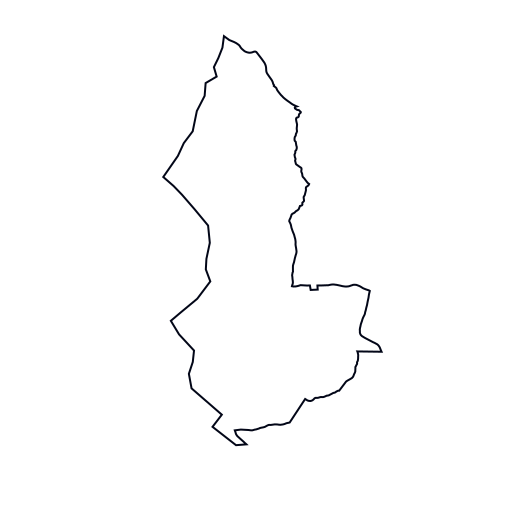 Kwadaso Municipal, Ashanti, Ghana (Albers equal-area conic projection), rotated 217°
{"feature_id": "2480657B94630675221037", "entity_name": "Kwadaso Municipal", "entity_type": "district", "adm_level": 2, "iso_a3": "GHA", "parent_name": "Ghana", "parent_adm1": "Ashanti", "projection": "albers", "projection_center": [-1.664, 6.667], "detail": "fine", "context": "isolated", "style": "outline", "palette": "ink", "viewbox_px": 512, "rotation_deg": 217, "n_neighbors": 0, "source": "geoboundaries", "source_scale": "gbopen_adm2", "svg_char_len": 5991}
<svg xmlns="http://www.w3.org/2000/svg" viewBox="0 0 512 512"><g transform="rotate(217 256 256)"><path d="M413.9,412.3L408.2,402.2L405.2,391.4L403.3,381.5L395.4,375.6L400.3,363.8L393.4,353.0L390.5,336.2L381.6,317.5L381.6,302.7L378.6,288.9L377.6,263.3L363.9,262.3L352.0,260.4L333.3,256.4L312.6,251.5L300.8,238.7L293.9,223.9L288.0,215.1L277.2,208.2L277.2,186.5L282.1,165.8L285.0,153.0L270.3,147.1L248.6,143.2L242.7,133.3L238.7,121.5L227.8,111.5L187.8,108.7L187.9,93.4L158.1,92.9L150.3,99.8L151.1,99.9L151.9,99.9L154.1,100.2L156.5,100.4L159.0,100.6L161.0,100.8L162.4,100.9L163.7,101.3L164.2,101.5L164.7,101.7L165.7,102.4L166.6,103.1L167.4,103.6L168.0,104.0L163.7,108.2L157.3,112.5L155.0,113.8L154.1,114.5L153.3,115.5L152.5,116.6L151.6,117.5L151.1,118.2L150.7,118.8L149.8,120.0L149.5,120.7L149.0,121.4L148.4,122.1L147.2,123.4L146.4,124.4L145.8,125.4L145.5,126.2L145.0,127.3L144.8,127.7L144.2,128.7L143.5,129.3L142.5,130.0L141.6,130.9L140.6,131.9L139.6,132.9L138.6,133.6L137.4,134.4L136.1,135.1L134.9,135.9L133.1,137.7L132.1,139.0L131.1,140.7L130.3,141.7L129.9,142.1L129.7,142.3L128.9,143.3L130.7,171.4L129.4,171.5L127.9,171.6L127.2,171.9L126.4,172.2L125.1,173.1L124.4,174.1L124.1,174.7L123.9,175.3L123.7,176.2L123.6,177.5L123.2,178.4L122.6,178.9L122.0,179.3L121.2,180.0L120.5,180.9L119.8,181.9L119.1,182.6L118.4,183.0L117.4,183.8L116.8,184.6L116.1,185.8L115.8,186.4L115.5,187.0L114.7,187.7L113.9,188.7L113.3,190.1L112.6,191.5L112.1,192.7L111.6,193.5L110.9,194.2L110.5,195.1L110.3,196.0L109.9,196.8L109.3,197.9L108.8,198.3L108.5,198.5L108.5,209.9L108.3,210.6L107.8,211.9L107.3,213.0L106.4,215.1L105.9,216.5L105.9,217.1L105.8,217.7L106.0,218.9L106.5,220.5L106.8,222.2L107.2,223.5L107.7,224.2L108.2,224.9L109.0,226.1L109.8,227.1L109.9,228.0L110.2,229.4L110.3,230.5L110.7,231.2L111.0,231.4L111.2,231.7L111.5,232.4L111.6,233.4L111.8,233.9L112.1,234.4L112.7,235.5L113.8,237.0L114.8,238.5L116.2,239.7L117.4,240.7L117.6,240.8L98.1,255.1L99.6,255.9L101.7,257.2L102.9,257.8L104.2,258.2L105.3,258.4L106.4,258.4L107.5,258.2L109.0,258.0L110.7,257.6L113.2,257.2L118.7,256.3L120.0,256.1L123.2,255.8L124.7,256.0L125.4,256.3L126.0,256.6L127.0,257.4L127.8,258.5L128.9,259.8L129.6,261.1L130.3,262.7L131.2,264.6L131.8,266.4L132.2,267.7L132.9,269.5L133.4,271.3L133.7,272.9L134.0,274.6L134.4,275.7L135.0,276.8L135.7,278.7L136.8,281.1L137.8,283.6L139.4,286.8L141.0,290.3L142.7,293.4L144.1,296.6L145.2,296.5L146.3,296.1L148.4,295.4L149.2,295.2L149.9,295.0L151.1,294.7L152.2,294.6L153.5,294.5L155.0,294.3L156.2,294.0L157.6,293.6L158.5,293.3L159.0,293.0L159.4,292.7L160.2,292.2L161.1,291.4L161.8,290.3L162.4,289.5L163.1,288.4L163.8,287.5L164.5,286.8L165.0,286.4L165.4,286.0L166.4,285.3L167.6,284.6L168.9,283.9L170.3,283.3L172.5,282.3L174.4,281.4L175.4,280.8L176.5,280.2L177.5,279.5L178.4,278.7L179.0,278.1L179.8,277.2L180.7,276.1L181.3,275.6L182.0,275.1L183.0,274.3L185.7,272.1L189.2,269.4L186.5,266.3L191.9,261.8L195.2,264.9L197.8,262.9L202.9,259.5L204.0,257.9L204.8,256.9L205.6,256.0L206.4,255.2L207.7,254.2L209.1,253.5L209.5,254.4L209.9,255.8L210.5,256.9L211.5,258.1L212.9,259.5L213.6,260.3L214.3,261.1L215.6,262.4L216.3,263.8L216.8,264.7L216.9,265.2L217.0,265.7L217.9,266.8L218.8,268.0L219.8,269.3L220.7,270.6L221.3,272.1L221.9,273.9L223.7,277.8L224.4,279.6L224.7,280.3L225.3,282.1L225.9,283.3L226.5,284.2L227.6,285.3L228.2,285.9L228.8,286.5L230.0,287.6L231.3,288.9L232.7,290.9L233.4,291.7L234.4,292.7L235.3,293.5L236.0,294.0L238.4,295.9L240.6,297.2L241.9,298.0L243.5,299.1L244.7,299.9L245.8,300.9L247.1,302.0L248.4,302.8L249.6,303.4L250.4,303.8L250.8,304.5L251.1,305.5L251.4,307.2L251.7,308.1L252.0,309.1L252.5,310.5L252.3,311.8L251.8,312.6L251.3,313.9L251.2,314.6L251.1,315.5L250.9,316.3L250.4,317.3L250.2,318.3L250.1,318.8L250.1,319.3L250.4,320.3L250.6,320.9L250.7,321.5L251.0,322.4L250.6,322.9L250.2,323.4L249.8,324.2L249.8,324.6L249.9,325.0L250.4,325.6L251.0,326.3L251.0,326.6L251.0,326.9L250.8,327.9L250.8,328.9L251.3,329.5L251.9,330.1L252.6,330.8L253.4,331.7L253.6,332.5L253.6,333.3L253.8,334.2L254.2,335.1L254.7,336.3L255.2,337.5L255.8,338.8L256.8,339.9L257.1,340.4L257.4,340.9L257.3,341.6L257.0,342.7L256.7,343.7L256.7,344.7L256.9,345.5L258.7,345.5L260.3,345.9L262.4,346.5L264.1,347.0L265.3,347.2L266.3,347.4L267.1,347.9L268.0,348.8L268.6,349.4L269.5,350.0L270.3,350.4L271.0,351.1L271.4,351.9L271.8,352.6L272.3,353.2L272.7,353.5L273.2,353.6L274.5,353.5L279.0,353.4L279.6,353.6L280.1,354.0L280.7,354.5L281.3,355.0L281.9,355.4L282.1,355.7L282.3,355.9L282.5,356.6L282.8,357.2L283.3,357.7L283.9,358.0L284.5,358.4L285.1,359.0L286.2,360.0L286.6,361.6L286.9,362.3L287.1,362.6L287.3,362.8L287.7,363.4L287.8,364.0L287.6,364.7L287.7,365.1L288.2,366.4L288.8,367.3L289.4,367.9L290.3,368.5L293.0,371.1L293.5,371.2L294.3,371.3L295.0,371.8L296.1,373.3L296.6,374.4L296.7,375.0L296.7,375.7L296.8,376.2L297.2,376.8L297.6,377.6L297.7,378.4L298.0,379.4L298.3,380.3L299.2,381.2L300.1,382.2L300.7,383.1L301.6,384.6L302.3,385.7L303.2,386.5L305.0,388.0L306.3,389.3L306.7,390.0L306.8,390.5L306.8,390.9L306.3,391.5L306.0,392.0L305.8,392.6L305.8,393.1L306.2,393.8L306.7,394.6L306.9,395.2L306.8,396.2L306.6,397.0L306.6,397.4L306.8,397.9L309.4,398.3L309.9,398.1L311.0,397.5L311.5,397.4L313.7,397.3L313.9,397.5L314.4,398.0L314.3,398.6L314.2,399.1L313.5,400.0L314.7,399.7L315.9,399.5L316.7,399.3L318.0,399.1L319.3,399.0L321.6,399.0L324.1,398.9L326.8,398.9L328.9,399.0L329.9,399.1L330.8,399.3L333.0,399.6L335.0,400.1L336.9,400.6L338.8,401.2L339.9,401.8L340.7,402.3L341.7,402.5L342.7,402.5L344.1,402.5L344.4,403.3L344.9,403.4L345.8,403.8L347.0,404.7L347.9,405.3L349.4,406.0L353.5,407.3L356.8,408.4L358.0,409.0L359.1,409.9L360.3,411.3L361.2,412.4L362.5,413.6L363.8,414.5L365.6,415.4L370.0,416.8L377.6,418.9L378.5,419.1L379.5,418.9L380.3,418.3L380.9,417.5L381.2,417.0L381.5,416.5L382.4,415.4L383.8,414.2L384.7,413.8L385.5,413.4L387.5,412.8L388.9,412.7L390.5,412.8L391.9,412.9L393.0,413.1L394.3,413.5L395.2,413.9L396.5,414.2L398.2,414.2L400.0,414.1L402.3,413.7L407.3,412.4L413.9,412.3Z" fill="none" stroke="#020617" stroke-width="2"/></g></svg>